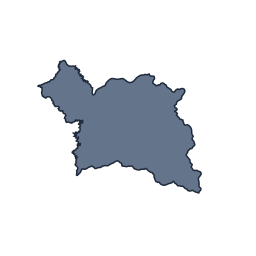 Lloró, Chocó, Colombia (Robinson projection), rotated 61°
{"feature_id": "7082276B18686190591622", "entity_name": "Lloró", "entity_type": "district", "adm_level": 2, "iso_a3": "COL", "parent_name": "Colombia", "parent_adm1": "Chocó", "projection": "robinson", "projection_center": [-76.448, 5.585], "detail": "fine", "context": "isolated", "style": "filled", "palette": "slate", "viewbox_px": 256, "rotation_deg": 61, "n_neighbors": 0, "source": "geoboundaries", "source_scale": "gbopen_adm2", "svg_char_len": 5829}
<svg xmlns="http://www.w3.org/2000/svg" viewBox="0 0 256 256"><g transform="rotate(61 128 128)"><path d="M144.2,195.9L144.8,195.5L144.8,195.0L143.8,191.3L141.5,188.1L143.2,185.7L143.5,183.6L143.2,181.6L143.6,180.1L143.7,177.9L145.3,177.3L145.9,176.9L147.4,176.6L147.9,175.7L148.1,173.7L149.3,170.8L149.0,169.4L149.5,166.8L151.2,164.0L151.1,159.5L151.4,158.3L151.2,155.4L151.5,153.2L153.1,152.1L154.4,151.8L155.8,150.7L157.8,151.6L158.5,151.4L161.2,147.9L161.4,146.6L163.1,143.2L163.9,142.7L166.6,142.3L169.1,140.1L170.4,138.0L170.3,136.7L172.0,133.7L172.2,133.0L172.0,132.0L172.4,131.7L175.1,131.0L177.6,129.8L178.7,128.5L180.0,128.5L180.9,128.0L182.0,128.2L183.8,129.1L185.0,129.1L186.4,129.5L188.4,129.5L190.0,128.3L190.6,127.0L192.7,126.7L193.9,126.0L195.5,124.4L196.1,122.6L196.4,119.5L197.0,117.2L197.1,115.9L196.6,114.5L196.9,113.9L198.9,113.8L200.4,112.9L202.6,112.5L204.0,110.4L204.9,109.6L205.4,108.2L208.5,107.4L209.9,106.2L211.7,106.0L213.2,104.4L213.7,102.2L214.1,101.6L216.3,100.3L219.1,97.6L218.2,96.5L217.7,94.9L216.8,93.8L215.9,93.6L214.1,94.2L212.9,94.1L211.9,93.2L209.1,91.9L207.2,91.5L205.5,90.1L205.0,88.5L203.8,86.4L202.8,85.9L201.2,86.1L199.6,87.7L198.5,88.2L197.1,90.9L196.4,91.4L192.8,91.6L192.3,91.2L191.4,89.7L190.1,89.7L189.0,90.3L188.2,90.3L185.7,89.3L182.4,90.0L180.0,90.3L179.6,90.2L178.4,87.8L177.3,87.1L176.3,83.6L176.9,82.1L175.9,80.3L175.5,78.3L174.8,77.6L172.6,77.1L170.8,77.0L169.5,77.4L168.4,77.2L166.8,75.0L164.2,75.1L160.0,73.1L157.6,72.9L156.3,73.4L155.0,73.6L153.9,74.7L153.2,76.6L152.7,77.1L151.2,77.1L150.4,76.8L149.4,76.9L147.8,76.1L147.3,76.7L146.4,77.0L145.8,78.0L145.1,78.5L143.8,78.3L142.9,78.8L141.7,78.8L140.5,79.5L139.4,78.0L138.5,77.9L137.3,78.3L136.3,79.1L136.0,78.7L135.9,76.7L135.4,75.9L133.8,76.2L132.9,76.9L131.0,76.7L130.7,74.3L129.4,73.3L128.6,72.1L128.5,67.9L128.3,67.0L127.3,66.4L126.1,65.0L125.2,62.9L124.0,60.9L122.5,60.1L121.2,60.1L119.8,61.2L119.3,62.9L119.2,64.6L118.4,65.1L117.9,65.8L118.0,68.0L119.1,70.0L118.8,70.6L117.5,71.7L114.6,71.9L114.0,72.7L112.6,73.1L111.5,74.0L108.7,73.9L107.8,74.8L106.9,74.8L105.6,75.6L104.9,77.4L105.8,79.3L105.0,80.4L105.0,82.1L104.7,82.9L103.7,83.1L101.5,84.3L100.4,84.5L98.4,82.5L98.0,81.2L97.3,80.6L95.6,80.2L95.0,80.6L93.5,83.0L92.7,83.5L90.9,83.4L90.7,85.8L89.4,87.0L89.2,88.7L88.2,90.6L87.9,92.2L88.2,95.9L89.6,99.9L89.9,101.9L89.4,104.1L88.4,105.3L87.3,106.1L83.4,107.8L82.1,108.7L81.3,110.7L80.4,113.5L77.1,117.7L76.7,118.7L76.7,120.7L77.3,123.2L78.2,125.5L79.8,127.4L79.4,130.4L79.6,132.5L79.3,134.0L79.5,136.4L80.0,137.8L82.3,140.7L82.4,141.9L82.1,142.4L81.7,142.6L80.0,142.4L75.7,139.5L74.5,140.4L72.5,140.0L70.4,140.6L68.6,141.7L68.0,141.2L68.1,140.5L67.2,140.7L66.9,141.5L66.4,142.0L66.6,142.4L66.0,142.1L65.6,142.4L65.9,143.1L65.7,143.8L65.2,143.4L64.9,143.8L64.5,143.2L63.8,144.1L63.2,143.4L62.3,144.1L62.4,143.3L61.2,143.0L61.6,142.3L61.0,142.2L60.3,142.5L59.6,144.2L59.1,143.4L58.5,143.2L58.2,144.1L57.8,143.7L57.4,144.6L56.9,144.7L56.5,144.4L55.8,144.4L55.6,143.9L55.1,144.1L54.9,142.7L53.5,142.7L53.3,142.4L52.9,142.6L53.1,143.8L52.7,143.8L52.2,143.4L51.7,143.7L50.8,143.7L50.8,144.4L51.2,144.7L50.9,145.4L50.3,145.0L50.2,144.6L49.9,144.6L50.0,144.1L49.1,144.4L48.3,143.9L48.2,145.0L47.5,145.4L46.3,148.0L45.1,149.6L44.0,150.2L42.4,150.7L39.4,150.5L38.3,150.8L37.8,151.4L37.6,154.0L36.9,155.1L37.2,155.7L37.7,155.2L38.1,155.3L38.5,156.7L39.0,157.0L38.8,157.3L39.1,157.4L39.1,158.0L39.4,158.4L40.2,158.4L40.4,158.9L40.7,158.7L40.9,159.3L41.8,159.0L42.8,159.6L43.2,159.3L43.5,159.5L43.9,159.0L44.2,159.1L45.4,162.9L46.3,163.6L46.0,164.9L46.8,165.8L47.7,166.1L48.3,168.3L49.2,169.4L49.3,170.1L48.9,170.9L48.6,172.3L49.4,174.4L48.9,175.5L49.1,177.4L48.6,178.3L48.4,180.0L48.6,181.1L48.2,182.3L48.5,183.2L47.6,184.9L47.5,186.0L47.7,186.4L48.0,186.4L49.0,184.9L50.1,184.7L50.5,183.8L50.8,183.6L54.0,185.2L54.8,186.2L56.5,186.9L58.7,187.3L59.4,186.4L60.4,186.6L62.0,185.2L61.5,184.0L61.8,182.9L62.7,181.6L64.0,181.0L66.1,180.8L67.1,181.3L68.3,180.6L69.3,180.7L69.6,181.4L70.3,181.7L71.3,181.1L72.2,181.5L73.9,181.2L75.5,178.3L76.6,178.1L76.9,178.7L77.5,179.0L77.4,179.6L78.0,179.4L78.6,179.8L80.4,179.0L80.6,177.6L81.2,176.9L81.6,176.8L81.8,177.4L82.5,177.2L83.8,177.4L85.5,176.1L87.0,176.3L87.5,177.5L88.8,178.9L90.0,178.3L91.5,179.1L93.2,179.1L94.1,176.8L95.5,176.0L95.5,175.4L96.5,174.8L96.1,173.1L96.6,172.0L96.3,171.0L96.5,170.6L95.7,170.5L95.7,169.7L96.1,169.4L96.4,170.1L96.6,169.3L97.1,169.6L96.8,169.1L97.4,168.6L97.0,168.2L97.3,167.1L98.0,166.4L98.5,166.4L98.7,167.1L99.0,167.2L99.7,166.7L99.8,166.3L99.1,165.4L99.3,164.0L99.6,164.1L99.7,164.9L100.7,164.6L101.5,165.3L101.4,166.1L100.4,166.7L101.0,167.6L100.8,168.0L100.2,168.3L100.6,169.4L100.9,169.4L101.5,168.4L102.3,168.7L103.1,168.5L104.0,170.6L104.6,170.1L105.2,170.1L106.5,170.8L108.0,172.5L107.9,172.9L107.1,173.0L108.0,174.7L108.2,175.7L108.1,176.0L107.3,175.3L106.5,175.3L106.3,175.9L107.1,176.7L106.2,178.1L108.0,177.6L108.4,177.0L108.9,176.9L109.1,179.2L109.5,178.9L110.1,177.4L110.6,178.1L111.6,178.3L111.6,177.8L112.3,177.2L112.0,175.9L112.5,176.0L112.9,176.5L112.9,177.5L113.6,177.6L113.9,179.2L114.3,179.5L114.7,178.8L115.2,178.8L115.9,178.2L117.2,178.7L117.6,178.2L118.2,178.2L118.3,177.4L118.5,177.2L119.1,177.5L119.4,178.2L119.9,178.2L119.9,178.5L119.5,179.2L118.0,179.5L117.6,180.0L118.6,180.8L119.8,180.8L121.2,181.8L120.8,183.0L121.9,184.4L121.9,185.1L121.3,186.0L121.5,186.6L121.9,186.4L122.4,187.2L121.8,187.9L122.1,188.6L122.8,188.7L122.9,188.4L123.5,188.3L123.6,187.8L124.2,187.7L124.6,188.0L124.9,187.5L125.2,187.8L125.9,187.6L126.8,187.0L127.2,186.9L127.5,187.3L128.0,186.7L128.3,187.5L127.8,188.0L128.9,188.1L129.3,187.4L129.6,188.5L130.2,188.2L132.0,189.8L133.6,190.3L134.1,191.8L135.4,192.0L136.6,191.2L138.4,191.2L139.7,192.0L140.4,193.5L142.6,194.6L144.2,195.9Z" fill="#64748b" stroke="#1e293b" stroke-width="1.5"/></g></svg>